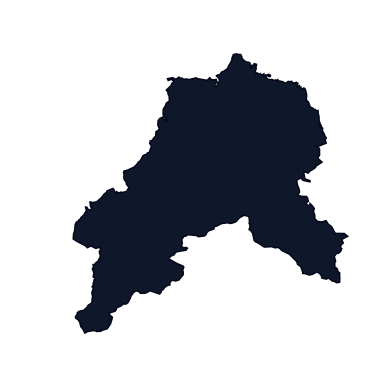 outline of Telciu, Bistrita-Nasaud, Romania, rotated 166°
{"feature_id": "2599482B29024117941085", "entity_name": "Telciu", "entity_type": "district", "adm_level": 2, "iso_a3": "ROU", "parent_name": "Romania", "parent_adm1": "Bistrita-Nasaud", "projection": "albers", "projection_center": [24.422, 47.482], "detail": "fine", "context": "isolated", "style": "filled", "palette": "ink", "viewbox_px": 384, "rotation_deg": 166, "n_neighbors": 0, "source": "geoboundaries", "source_scale": "gbopen_adm2", "svg_char_len": 5925}
<svg xmlns="http://www.w3.org/2000/svg" viewBox="0 0 384 384"><g transform="rotate(166 192 192)"><path d="M118.6,315.3L120.5,312.7L122.0,309.5L126.7,304.7L127.2,303.4L131.9,301.5L134.3,301.2L137.3,298.6L138.5,299.5L140.3,298.7L138.6,296.2L138.4,293.7L139.2,292.2L142.9,288.5L143.9,289.4L143.7,291.3L141.0,292.3L141.4,295.5L142.8,295.3L145.3,296.1L146.2,296.7L147.1,298.6L150.3,296.7L159.6,300.8L160.2,301.8L167.2,301.8L171.0,303.3L172.9,303.1L173.7,304.7L176.1,305.5L176.9,306.7L179.1,305.6L180.9,305.6L183.0,307.6L188.4,307.9L188.1,306.0L184.8,306.3L182.9,304.1L183.2,303.9L183.0,303.0L185.2,302.4L186.6,300.3L192.3,297.1L191.3,295.1L191.5,292.4L191.0,290.7L191.9,285.8L195.3,284.5L197.1,281.8L199.3,280.0L200.0,279.0L201.3,274.3L201.1,271.7L199.7,269.9L200.3,269.2L199.8,267.2L201.4,268.5L202.7,271.7L205.6,271.1L207.6,269.5L209.0,265.2L208.4,261.2L209.5,260.2L212.4,259.2L213.6,255.3L216.9,253.0L217.3,251.9L220.2,251.7L220.4,250.8L221.3,249.7L220.5,247.0L220.6,244.9L221.6,244.5L223.6,241.0L226.0,240.6L227.7,239.2L228.8,239.6L230.9,239.0L234.7,234.7L236.7,234.1L239.1,232.0L242.3,230.2L249.1,228.8L252.8,228.8L253.7,227.6L253.7,224.7L254.3,224.1L254.8,220.7L253.5,217.3L253.7,215.2L252.2,212.0L252.2,210.9L253.7,210.3L254.7,208.8L256.3,208.3L259.5,208.4L261.0,209.1L263.2,208.8L265.2,210.6L265.9,208.8L267.0,211.0L267.2,213.4L267.9,214.6L274.1,213.6L275.7,211.9L277.2,211.6L281.2,208.5L286.8,205.6L290.5,205.7L293.4,207.0L293.9,202.9L293.5,200.6L294.0,199.3L294.6,199.0L297.6,200.9L297.5,202.5L298.9,203.2L299.0,199.7L300.1,198.2L301.3,197.5L301.8,196.3L305.9,194.1L307.2,192.6L308.9,192.1L309.1,191.4L311.6,190.7L313.2,188.7L315.2,182.9L317.1,179.9L318.6,175.2L315.4,171.7L308.2,165.4L307.1,163.3L303.2,164.1L299.0,160.6L296.0,160.7L294.8,159.8L294.4,160.3L294.4,158.3L296.3,156.9L296.2,155.8L296.7,154.8L296.2,153.1L297.1,150.7L298.9,149.0L298.8,148.3L302.8,146.4L303.0,145.5L305.5,145.5L305.7,142.8L306.7,142.3L307.4,141.1L307.0,140.2L306.9,137.0L308.5,133.4L306.6,132.0L308.6,130.1L308.9,128.5L310.1,127.3L310.1,125.6L311.9,124.2L311.1,123.3L311.1,122.5L313.6,118.3L313.8,114.0L314.7,112.9L315.4,110.2L316.4,108.5L320.4,107.1L321.3,105.9L325.6,103.4L329.7,103.6L332.1,102.9L332.5,102.7L332.6,101.5L335.4,99.1L335.3,97.7L333.2,95.3L333.0,94.0L332.4,93.3L332.5,88.3L331.2,85.8L330.1,81.0L327.6,81.8L322.7,81.6L319.9,81.0L318.4,79.8L314.3,78.9L312.2,79.6L307.3,79.8L303.1,83.6L299.7,89.2L299.6,89.9L301.2,91.9L301.9,94.6L295.5,94.9L294.0,96.2L294.0,97.3L292.7,97.9L288.3,98.6L285.9,99.9L283.0,99.2L280.7,100.3L277.2,104.3L276.8,105.5L272.4,109.0L269.9,109.4L268.3,108.8L266.4,106.1L261.5,105.1L256.6,106.3L248.2,100.9L247.0,101.5L244.9,104.1L243.4,104.3L242.0,105.9L237.9,107.5L236.1,107.0L235.6,108.8L233.8,110.8L231.9,111.0L229.3,109.6L226.0,109.8L220.7,113.7L219.8,116.3L220.0,118.4L218.1,121.1L218.5,122.2L223.8,126.2L230.9,132.9L228.4,134.7L224.4,135.5L223.1,136.9L221.2,137.7L211.9,137.0L210.0,138.6L211.1,139.6L213.9,140.0L215.2,141.8L214.9,143.2L213.9,144.2L213.4,148.5L210.0,151.3L208.9,150.6L206.4,151.5L198.6,148.9L196.4,147.0L190.4,146.4L188.4,147.5L187.7,148.8L185.3,150.3L179.8,150.8L178.3,153.2L176.6,152.9L171.0,154.2L164.7,153.5L162.7,152.2L159.6,152.1L156.3,152.6L152.0,155.6L148.4,156.4L147.9,157.1L143.1,154.8L142.8,153.3L143.5,149.0L144.2,147.9L143.8,145.8L144.3,143.9L145.7,141.8L144.5,140.5L143.2,137.5L143.4,130.0L142.5,128.3L140.3,126.7L135.2,121.1L128.0,119.7L125.0,117.8L121.4,117.2L118.7,113.2L112.6,108.1L107.2,99.1L107.1,96.4L104.5,93.2L104.0,87.1L104.3,86.1L102.9,85.9L98.1,83.0L95.1,83.0L90.0,84.2L87.6,81.6L86.5,78.9L87.0,77.4L86.4,76.8L82.8,75.0L80.4,75.5L77.4,71.7L74.9,70.4L73.9,69.1L70.6,68.7L69.3,73.0L69.2,74.9L68.5,76.3L69.1,77.0L68.3,77.9L69.9,79.8L69.5,81.0L69.8,82.7L71.5,84.6L70.7,88.7L69.4,89.9L69.5,95.1L66.7,97.3L64.9,97.1L62.2,98.3L60.4,100.8L61.1,101.6L60.9,104.0L57.5,106.0L58.1,108.5L57.2,110.1L51.6,111.3L54.3,114.9L63.0,117.2L64.9,124.5L67.6,128.0L68.9,131.8L73.2,131.5L76.9,132.9L77.7,133.7L79.3,136.4L78.5,139.8L78.9,143.6L77.4,146.2L78.1,148.5L80.2,152.3L80.5,151.2L81.1,150.7L82.9,151.3L83.9,152.3L83.3,154.2L81.5,154.7L81.2,158.1L82.1,160.0L86.4,161.2L90.2,163.2L87.6,166.0L87.4,169.8L87.9,171.9L87.9,175.3L87.5,178.1L82.8,179.4L82.1,177.4L81.2,176.3L75.1,173.3L74.7,173.7L74.8,174.5L78.3,176.7L79.4,178.5L78.9,180.9L79.1,184.0L76.5,183.7L74.9,182.2L73.1,183.5L67.3,185.4L66.1,186.0L66.0,186.9L58.6,189.5L61.5,193.9L61.5,194.8L59.3,196.9L57.9,202.6L58.1,203.9L60.6,206.3L57.5,205.9L50.0,206.9L50.1,210.4L48.6,212.1L49.9,214.7L49.4,215.1L50.1,218.0L50.8,218.0L50.4,218.9L50.8,219.8L49.8,222.1L50.4,223.5L51.6,223.7L51.2,224.2L51.6,224.8L50.6,224.9L50.7,225.8L51.1,226.8L52.0,227.1L51.0,228.1L51.6,229.4L50.4,235.2L50.6,237.7L50.0,240.7L51.4,240.4L52.6,242.4L53.7,242.3L54.2,243.9L57.4,246.4L56.8,246.9L57.2,251.2L59.3,253.9L58.5,254.2L58.8,255.4L57.7,256.3L57.8,257.9L57.2,258.4L57.2,264.4L58.2,265.8L58.8,264.6L59.6,264.4L60.0,265.7L61.3,266.7L61.0,267.5L61.9,267.7L62.1,269.3L64.5,268.6L64.4,270.1L62.9,271.5L63.0,272.1L64.0,273.1L67.4,273.2L68.7,275.4L70.1,275.2L71.9,276.1L75.2,274.6L75.6,274.9L75.4,275.3L77.3,277.1L81.0,278.9L81.7,280.4L82.1,280.3L81.9,279.2L82.6,279.2L84.1,280.6L85.5,280.4L87.0,281.8L90.7,282.6L92.7,285.8L94.1,286.7L93.9,287.5L92.5,286.5L89.6,286.3L89.6,285.5L88.9,285.1L88.2,285.2L88.3,285.6L87.6,286.2L88.9,287.6L91.4,287.4L92.6,288.0L93.2,287.5L94.4,288.1L93.9,289.2L95.5,288.7L96.8,289.6L95.6,288.5L96.0,287.8L97.2,288.9L97.1,290.2L97.8,289.9L99.6,290.9L99.4,291.2L99.9,291.8L100.8,291.3L101.2,291.7L101.4,294.4L100.0,295.7L99.7,296.9L99.7,297.8L100.7,298.4L98.9,298.9L98.5,300.3L100.2,301.3L101.1,301.2L101.2,300.4L101.8,300.0L104.2,300.7L103.9,298.1L104.3,297.4L104.9,297.6L105.6,298.6L105.1,299.0L105.5,300.0L104.7,300.8L104.9,301.9L104.4,302.9L105.4,304.1L108.0,305.1L110.1,307.5L110.8,309.3L111.4,309.3L110.9,311.4L111.5,313.6L114.6,314.6L115.3,315.3L118.6,315.3Z" fill="#0f172a" stroke="#020617" stroke-width="1.5"/></g></svg>